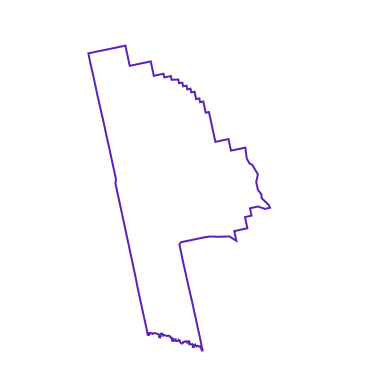 Carbon, Montana, United States of America, rotated 78°
{"feature_id": "52423323B43555697098429", "entity_name": "Carbon", "entity_type": "district", "adm_level": 2, "iso_a3": "USA", "parent_name": "United States of America", "parent_adm1": "Montana", "projection": "robinson", "projection_center": [-108.599, 45.319], "detail": "fine", "context": "isolated", "style": "outline", "palette": "violet", "viewbox_px": 384, "rotation_deg": 78, "n_neighbors": 0, "source": "geoboundaries", "source_scale": "gbopen_adm2", "svg_char_len": 2267}
<svg xmlns="http://www.w3.org/2000/svg" viewBox="0 0 384 384"><g transform="rotate(78 192 192)"><path d="M34.8,264.5L43.7,264.6L59.8,264.4L76.4,264.4L111.3,263.9L113.3,264.0L133.1,263.8L134.1,263.8L163.8,263.7L167.6,265.1L171.5,265.1L192.3,265.0L241.9,264.9L253.3,264.9L261.3,264.9L263.6,264.9L275.7,265.1L318.3,264.9L322.4,265.1L322.9,264.6L323.0,264.0L322.4,263.4L321.6,263.5L320.9,263.5L321.0,262.6L321.7,261.9L321.6,261.2L321.6,260.6L322.1,260.5L322.7,259.8L322.3,259.1L322.3,257.6L323.2,256.1L323.9,254.6L325.1,254.0L326.3,254.2L327.0,254.4L327.6,253.4L326.6,252.7L325.3,252.7L324.2,252.0L324.1,251.3L324.5,250.4L325.4,250.4L326.4,250.2L326.0,249.4L327.0,247.6L327.7,246.0L327.9,244.3L328.9,243.3L329.4,243.5L330.3,242.9L330.6,241.8L331.6,241.4L331.6,241.8L332.5,242.5L333.6,242.1L333.9,241.2L333.3,240.0L332.5,239.6L332.7,238.8L333.5,239.3L334.5,238.6L334.4,237.9L334.8,236.8L334.4,235.9L333.9,235.7L334.9,234.8L336.3,234.9L337.8,233.9L338.2,233.3L338.1,232.6L337.5,232.2L336.8,231.6L337.2,231.0L336.7,229.6L336.9,228.3L337.6,228.0L338.4,228.0L338.3,227.1L337.5,226.6L337.4,225.9L338.1,225.6L338.9,225.6L339.3,226.1L340.3,226.4L340.5,225.7L341.0,223.9L340.9,223.1L341.9,222.6L342.8,223.3L343.8,223.4L344.0,222.5L343.2,222.2L342.4,221.3L342.0,220.6L342.6,220.6L343.9,219.9L343.4,219.4L344.0,217.6L344.8,217.1L344.6,215.9L344.5,215.5L345.9,215.5L347.5,215.6L349.2,215.0L349.1,214.5L344.7,214.6L336.6,214.5L326.0,214.6L314.7,214.6L308.6,214.7L300.7,214.7L291.1,214.9L282.5,215.0L275.2,215.1L269.8,215.1L266.5,215.2L257.2,215.3L246.3,215.2L241.7,215.2L240.5,215.2L238.8,213.3L238.8,211.5L238.9,199.0L238.9,189.5L239.3,183.5L240.3,179.4L241.2,176.0L243.2,164.7L247.8,160.0L248.9,158.8L239.1,158.8L238.9,145.4L227.6,145.4L227.5,138.7L220.0,138.7L219.9,130.6L223.7,124.1L223.6,118.9L220.6,119.7L212.4,125.2L209.0,124.6L203.4,127.1L195.6,127.1L188.4,123.9L178.0,127.4L176.0,129.8L170.6,131.5L159.7,130.6L159.6,145.3L147.8,145.3L147.8,158.7L117.3,158.8L117.3,162.1L105.8,162.1L105.8,165.4L102.0,165.4L102.0,168.7L94.4,168.7L94.4,172.0L90.6,172.0L90.6,175.3L86.8,175.3L86.8,178.7L83.0,178.7L82.9,182.0L79.1,182.0L78.0,188.6L74.2,188.6L74.2,195.2L70.4,195.3L70.4,205.2L55.7,205.2L55.6,226.7L35.0,226.7L34.8,264.5Z" fill="none" stroke="#5b21b6" stroke-width="2"/></g></svg>